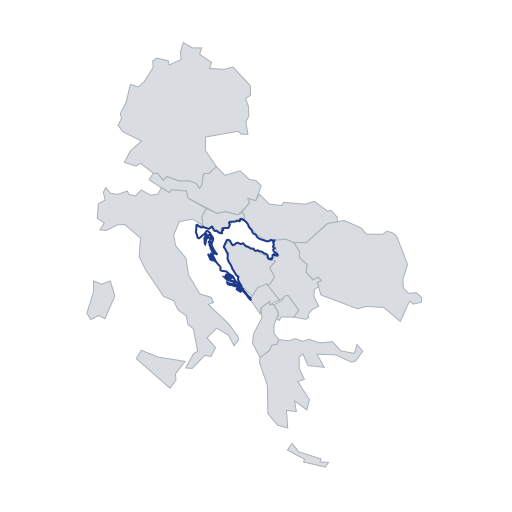 Croatia and the surrounding countries, rotated 17°
{"feature_id": "HRV", "entity_name": "Croatia", "entity_type": "country or territory", "adm_level": 0, "iso_a3": "HRV", "parent_name": "Europe", "parent_adm1": "", "projection": "robinson", "projection_center": [16.337, 44.484], "detail": "fine", "context": "with_neighbors", "style": "outline", "palette": "blue", "viewbox_px": 512, "rotation_deg": 17, "n_neighbors": 12, "source": "natural_earth", "source_scale": "50m", "svg_char_len": 9689}
<svg xmlns="http://www.w3.org/2000/svg" viewBox="0 0 512 512"><g transform="rotate(17 256 256)"><path d="M240.4,187.2L239.7,203.2L231.5,203.3L234.3,207.2L226.7,222.0L213.9,222.5L206.5,226.6L173.7,220.5L170.5,214.2L156.1,217.3L154.3,220.8L131.6,214.4L133.5,206.7L138.0,205.7L145.2,210.7L147.4,205.9L160.2,206.7L170.6,203.5L177.5,204.0L182.0,207.7L183.4,204.7L181.6,192.8L186.8,190.5L192.0,182.1L202.6,188.0L215.9,179.2L227.0,184.7L233.8,183.8L240.4,187.2Z" fill="#d9dde1" stroke="#a8b0b8" stroke-width="1"/><path d="M314.4,190.4L322.6,195.3L323.8,200.2L315.0,204.0L300.0,228.7L288.3,232.1L279.2,231.3L262.6,238.8L250.4,235.3L234.8,225.3L231.9,219.1L229.5,218.9L234.3,207.2L231.5,203.3L239.7,203.2L240.7,195.8L253.5,202.5L265.6,200.2L266.8,196.6L287.8,192.1L295.8,186.7L311.4,192.2L314.4,190.4Z" fill="#d9dde1" stroke="#a8b0b8" stroke-width="1"/><path d="M406.4,243.7L413.2,247.1L419.9,244.2L426.8,247.3L427.5,252.0L420.6,255.9L416.0,254.2L413.1,276.4L393.1,267.8L375.9,272.1L368.7,276.8L329.6,274.3L322.3,263.5L325.6,260.4L321.9,258.1L317.4,262.2L308.6,256.9L307.3,249.3L298.2,245.1L296.4,239.3L288.3,232.1L300.0,228.7L315.0,204.0L329.9,196.3L348.2,198.4L355.1,202.8L370.6,198.3L374.0,194.0L380.1,194.0L384.6,195.8L403.4,219.7L403.3,235.4L406.4,243.7Z" fill="#d9dde1" stroke="#a8b0b8" stroke-width="1"/><path d="M200.7,94.7L203.8,103.8L199.9,108.5L204.9,114.9L208.2,124.4L207.1,130.6L212.7,142.0L206.4,143.8L202.7,141.8L173.0,156.9L176.8,169.9L192.0,182.1L186.8,190.5L181.6,192.8L183.4,204.7L182.0,207.7L177.5,204.0L170.6,203.5L160.2,206.7L147.4,205.9L145.2,210.7L138.0,205.7L133.5,206.7L118.2,201.1L115.1,205.1L102.7,205.0L105.2,192.0L113.0,179.6L92.4,176.2L85.9,171.4L87.1,163.5L84.5,159.4L86.9,147.4L85.7,128.7L94.1,128.7L98.1,122.0L102.5,105.6L100.2,99.6L103.2,95.8L114.8,94.9L117.2,98.8L127.0,90.0L124.2,83.3L124.0,73.2L134.3,75.6L143.2,72.9L143.2,79.7L157.0,83.9L156.7,90.2L170.8,86.9L178.7,82.0L200.7,94.7Z" fill="#d9dde1" stroke="#a8b0b8" stroke-width="1"/><path d="M385.7,432.1L384.0,437.6L361.7,439.1L361.7,436.1L342.7,432.4L345.4,424.6L354.0,430.8L377.6,431.1L377.4,434.3L385.7,432.1ZM331.1,320.1L342.2,320.6L354.1,315.6L365.0,322.0L378.6,320.3L378.4,311.1L385.9,316.0L381.8,327.5L378.3,329.6L361.1,327.3L343.0,332.1L353.8,342.5L337.8,345.5L329.5,336.0L326.7,340.0L330.4,351.1L338.3,359.8L332.6,363.9L349.1,377.8L349.6,388.3L335.3,383.4L340.0,392.9L330.3,394.8L336.6,411.2L326.3,411.5L313.5,403.4L304.6,376.2L290.5,357.0L289.4,351.7L296.3,342.7L297.1,336.7L302.0,334.1L302.2,329.2L312.0,327.6L317.7,323.6L325.8,323.9L331.1,320.1Z" fill="#d9dde1" stroke="#a8b0b8" stroke-width="1"/><path d="M302.2,329.2L302.0,334.1L297.1,336.7L296.3,342.7L289.4,351.7L278.0,340.1L276.5,331.4L279.6,313.1L275.9,304.3L282.3,295.2L283.3,298.7L287.3,297.1L294.2,303.9L293.5,316.8L295.8,324.7L302.2,329.2Z" fill="#d9dde1" stroke="#a8b0b8" stroke-width="1"/><path d="M145.5,218.2L154.3,220.8L156.1,217.3L170.5,214.2L173.7,220.5L194.5,225.2L192.8,234.1L196.2,241.9L184.5,239.2L172.5,245.7L171.2,260.0L175.9,269.4L189.7,278.6L197.0,293.9L213.5,308.7L225.3,308.6L228.9,312.7L224.7,316.4L249.3,328.6L262.3,338.2L263.9,341.6L261.2,348.3L252.7,339.6L239.5,336.6L233.1,348.6L244.1,355.4L242.4,365.1L236.0,366.2L227.8,382.2L221.5,383.6L224.7,368.0L228.0,364.0L217.4,343.9L211.2,341.6L206.7,333.6L197.1,330.3L190.6,322.9L179.5,321.7L154.4,301.4L144.5,290.7L140.3,272.5L121.2,264.3L114.3,266.8L105.4,275.3L99.1,276.7L101.2,268.7L93.2,266.4L90.0,252.1L95.4,246.6L91.4,239.7L92.3,234.6L98.4,238.5L105.5,237.6L114.0,231.5L116.4,234.3L123.4,233.8L126.9,226.4L137.6,228.7L144.1,225.6L145.5,218.2ZM191.7,381.3L219.0,377.6L213.4,392.2L215.7,398.0L212.4,407.6L171.5,389.1L173.8,379.6L191.7,381.3ZM116.3,328.2L124.0,322.5L132.7,335.5L129.9,360.0L123.0,358.9L116.6,365.1L111.0,360.1L111.1,337.8L108.0,327.3L116.3,328.2Z" fill="#d9dde1" stroke="#a8b0b8" stroke-width="1"/><path d="M194.5,225.2L206.5,226.6L213.9,222.5L226.7,222.0L229.5,218.9L231.9,219.1L234.8,225.3L223.1,230.1L221.7,237.5L216.6,239.3L216.6,244.4L205.9,241.1L203.1,244.1L192.9,243.5L196.2,241.9L192.8,234.1L194.5,225.2Z" fill="#d9dde1" stroke="#a8b0b8" stroke-width="1"/><path d="M264.7,295.9L251.4,289.0L233.2,270.3L222.8,256.0L225.9,248.4L231.2,252.5L234.4,248.8L241.3,248.4L276.2,255.1L272.6,263.3L279.9,270.3L277.8,279.0L266.8,285.8L264.7,295.9Z" fill="#d9dde1" stroke="#a8b0b8" stroke-width="1"/><path d="M268.0,236.1L279.2,231.3L288.3,232.1L296.4,239.3L298.2,245.1L307.3,249.3L308.6,256.9L317.4,262.2L321.9,258.1L325.6,260.4L322.3,263.5L325.1,266.7L321.6,270.9L323.1,277.6L330.6,285.6L325.0,291.3L322.7,297.2L324.4,299.4L322.0,302.0L310.0,303.4L312.7,295.3L298.2,284.5L290.0,292.9L291.2,291.3L274.3,279.8L277.8,279.0L279.9,270.3L272.6,263.3L276.2,255.1L270.9,255.2L276.4,248.3L268.0,236.1Z" fill="#d9dde1" stroke="#a8b0b8" stroke-width="1"/><path d="M291.2,291.3L283.3,298.7L282.3,295.2L275.9,304.3L277.0,310.2L263.1,299.1L266.8,285.8L274.3,279.8L291.2,291.3Z" fill="#d9dde1" stroke="#a8b0b8" stroke-width="1"/><path d="M295.3,310.6L294.2,303.9L287.3,297.1L293.6,291.6L295.5,285.5L298.2,284.5L312.7,295.3L310.0,303.4L297.8,307.0L297.2,310.7L295.3,310.6Z" fill="#d9dde1" stroke="#a8b0b8" stroke-width="1"/><path d="M190.9,243.2L191.4,244.0L195.3,244.8L196.1,244.4L196.6,243.8L196.6,243.5L197.0,243.4L198.3,243.9L199.4,243.8L201.2,243.8L202.5,243.9L203.4,243.4L204.5,241.8L205.0,240.9L205.5,240.7L205.8,240.8L206.0,241.5L206.6,242.2L207.9,243.4L208.7,243.9L209.5,244.1L210.3,243.7L211.1,243.5L213.4,244.4L215.3,244.6L216.8,244.1L216.6,243.5L216.1,242.8L216.0,242.1L216.1,241.5L217.1,240.9L217.0,240.6L215.8,239.6L215.9,239.3L218.5,238.1L221.0,237.5L221.4,236.9L221.6,236.2L221.8,234.7L221.6,233.6L220.6,232.5L220.5,231.9L220.8,231.3L221.2,230.8L222.2,230.6L223.4,230.2L224.3,229.7L225.5,229.4L226.5,228.9L227.5,227.7L228.1,227.5L229.8,227.7L230.2,227.4L230.0,225.6L230.3,225.2L230.9,225.0L231.2,224.7L232.8,224.9L234.1,225.3L234.9,225.6L237.5,226.9L239.3,228.3L240.3,229.8L241.6,231.0L243.4,231.9L244.7,233.0L245.7,234.5L247.1,235.3L248.9,235.5L250.1,236.0L250.6,236.8L251.6,237.6L253.0,238.2L255.3,238.6L259.7,238.7L260.1,238.7L261.1,238.9L262.3,238.7L263.7,238.1L264.2,237.8L265.6,236.1L266.4,236.3L268.1,236.1L269.1,235.7L269.1,236.1L269.0,236.9L268.2,237.4L269.0,238.7L269.8,240.7L269.4,241.7L269.9,242.5L271.4,243.0L271.6,243.3L271.1,243.5L270.7,244.2L270.7,245.4L272.0,246.5L274.7,247.6L275.5,247.7L275.9,248.2L276.3,248.4L276.6,248.8L276.6,249.2L276.4,249.5L275.2,249.6L273.7,249.6L272.7,249.1L272.6,249.4L272.6,249.9L271.6,250.1L272.2,253.1L272.0,254.0L271.7,254.3L271.3,254.1L270.9,254.1L270.7,254.4L270.9,255.0L269.9,255.1L268.4,254.8L267.6,254.2L267.5,253.6L267.5,253.0L267.0,252.1L265.7,251.2L263.2,251.1L262.2,250.8L261.2,250.4L260.2,250.2L259.2,250.2L258.0,250.5L255.9,250.0L255.2,250.6L254.1,251.2L253.2,251.2L251.4,249.7L250.9,249.7L249.3,250.4L248.6,250.4L248.1,250.2L246.0,249.6L245.0,249.5L244.3,249.8L243.1,249.5L240.0,247.6L238.1,249.0L234.3,248.7L233.2,249.7L231.9,251.6L230.8,252.5L229.9,252.1L228.8,251.3L226.9,249.2L225.9,248.8L224.8,248.7L223.9,248.9L223.4,249.4L223.0,252.5L222.6,255.3L222.6,256.9L224.7,258.5L227.2,261.1L228.0,261.5L228.4,262.3L229.0,264.6L229.6,267.1L230.9,268.8L232.1,270.0L233.5,271.0L235.2,272.7L236.7,274.5L237.0,275.1L239.9,277.5L242.6,280.0L245.0,280.8L245.4,281.3L245.4,283.1L245.7,283.8L247.3,285.8L250.7,288.7L251.1,289.4L251.2,289.8L251.0,290.2L250.1,290.6L249.4,290.2L246.3,287.4L243.3,285.6L239.9,282.2L235.4,280.9L232.3,279.5L230.4,279.7L228.4,280.1L227.1,280.2L226.2,279.9L225.6,279.0L225.7,278.3L225.6,277.4L223.8,275.9L221.3,274.5L219.0,272.7L214.4,267.9L213.5,266.3L214.4,266.0L215.1,266.0L215.9,265.7L217.1,265.7L218.6,266.0L217.3,265.0L215.7,264.0L211.4,259.9L210.1,258.0L210.0,256.0L210.3,253.2L209.6,251.2L206.3,248.6L205.1,247.2L202.7,246.4L201.6,246.5L201.0,247.5L200.5,249.7L198.3,252.7L197.6,254.0L196.4,255.7L195.5,255.8L194.9,255.6L193.2,252.8L191.5,250.7L191.3,249.7L191.2,248.4L190.0,243.9L190.9,243.2ZM262.9,297.6L262.9,298.3L263.5,299.0L264.1,299.9L261.3,298.2L258.7,296.2L253.7,293.2L250.1,292.5L245.2,290.1L242.0,289.2L243.2,289.0L244.6,289.0L252.2,292.2L251.3,291.4L252.4,291.0L253.3,291.3L253.9,292.3L255.1,293.0L257.0,294.2L258.2,295.2L260.9,296.9L261.5,297.1L262.9,297.6ZM204.1,258.9L204.0,259.6L203.1,258.7L202.7,257.1L201.6,254.5L201.4,253.7L202.0,253.0L202.0,252.3L201.2,250.0L201.9,249.6L202.3,249.6L202.4,251.2L202.8,252.1L203.9,253.2L203.6,255.0L203.8,257.7L204.0,258.3L204.1,258.9ZM208.9,253.0L207.1,253.4L206.2,252.7L206.0,252.2L204.5,252.0L203.6,251.2L203.4,250.8L204.7,250.0L205.4,248.5L206.3,249.4L207.3,251.0L207.9,251.4L208.9,253.0ZM238.1,284.5L235.8,284.5L233.7,284.2L232.7,283.6L232.8,283.2L233.1,282.3L235.4,282.4L238.9,283.0L239.7,283.7L239.4,284.0L238.1,284.5ZM244.2,287.2L243.2,287.4L236.6,287.2L234.6,286.8L232.5,285.8L232.0,285.5L234.2,285.3L236.2,285.5L236.8,286.3L242.2,286.8L244.2,287.2ZM214.4,264.9L214.1,265.4L213.1,264.5L212.2,263.8L211.6,263.0L210.4,262.1L210.0,261.0L208.1,258.8L207.9,258.2L208.8,259.1L209.5,259.7L210.2,259.8L211.8,261.2L213.3,263.0L215.2,264.6L214.8,264.6L214.4,264.9ZM236.1,289.5L238.9,290.1L240.9,289.8L242.7,290.1L243.9,290.7L244.2,291.0L242.7,291.0L241.0,290.8L239.1,291.4L237.5,291.1L236.8,290.7L236.4,290.2L236.1,289.5ZM214.4,272.5L214.6,272.8L213.8,272.7L213.6,272.8L210.0,268.7L209.6,268.0L210.9,268.9L214.4,272.5ZM209.2,257.1L209.6,257.9L208.2,257.1L206.9,256.9L206.7,256.3L206.9,255.9L207.1,255.4L208.1,255.5L208.2,255.9L209.2,257.1ZM250.4,293.7L252.5,295.0L246.5,293.3L247.2,293.2L247.8,293.2L250.4,293.7ZM217.1,271.5L218.1,272.9L217.2,272.6L216.2,271.8L215.6,270.9L217.1,271.5ZM215.0,269.9L215.3,270.6L213.4,269.3L212.7,268.5L212.6,268.1L215.0,269.9Z" fill="none" stroke="#1e3a8a" stroke-width="2"/></g></svg>